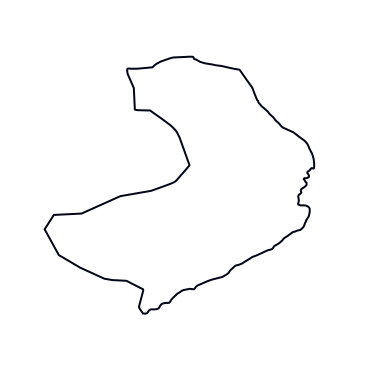 the district of Khounkham, Khammouan, Laos, rotated 118°
{"feature_id": "54806243B26229872021267", "entity_name": "Khounkham", "entity_type": "district", "adm_level": 2, "iso_a3": "LAO", "parent_name": "Laos", "parent_adm1": "Khammouan", "projection": "robinson", "projection_center": [104.542, 18.055], "detail": "fine", "context": "isolated", "style": "outline", "palette": "ink", "viewbox_px": 384, "rotation_deg": 118, "n_neighbors": 0, "source": "geoboundaries", "source_scale": "gbopen_adm2", "svg_char_len": 3200}
<svg xmlns="http://www.w3.org/2000/svg" viewBox="0 0 384 384"><g transform="rotate(118 192 192)"><path d="M310.2,280.0L311.3,255.3L309.7,228.7L307.2,221.1L301.2,208.2L300.9,189.5L301.4,189.1L302.5,188.6L304.8,188.1L318.1,185.0L318.7,184.5L319.5,183.6L322.3,178.2L321.2,175.9L320.0,174.7L319.2,174.5L317.4,174.5L316.2,174.0L315.3,173.5L314.7,172.8L313.2,169.9L311.8,167.9L310.4,166.9L309.3,166.7L307.5,166.7L305.7,166.4L304.5,165.7L303.4,164.6L302.5,163.3L301.0,160.9L300.7,160.3L299.8,159.9L297.1,159.7L295.4,159.4L292.0,158.3L288.7,157.2L286.6,155.9L284.6,154.9L283.4,154.2L282.3,153.1L279.9,150.2L278.6,148.5L277.8,146.7L277.2,145.0L276.4,144.3L275.1,144.2L273.8,144.0L272.0,143.2L270.8,142.4L269.6,141.3L267.4,139.6L263.8,136.7L260.4,133.7L256.2,129.1L252.7,125.3L250.8,124.1L249.6,123.3L247.5,122.2L246.1,121.7L243.6,121.5L242.5,121.2L239.3,120.0L237.0,119.3L236.1,118.5L234.2,116.4L231.8,114.3L229.0,112.8L224.8,110.3L221.0,108.2L218.8,106.2L216.4,104.2L211.5,100.5L209.9,99.3L207.6,97.5L206.4,96.0L204.7,94.5L203.7,94.2L202.5,94.1L201.5,94.1L200.0,93.3L196.8,91.3L194.8,90.4L192.2,89.5L189.9,89.1L188.1,88.3L187.2,87.6L182.4,85.2L180.3,84.3L180.1,84.1L179.3,83.4L178.9,82.8L178.0,82.0L176.5,80.8L175.9,80.0L175.0,79.0L174.4,78.4L173.3,78.0L171.9,77.5L170.6,77.2L169.0,77.2L166.4,77.6L164.3,77.6L163.6,77.9L162.6,77.9L161.9,77.7L158.9,77.5L157.4,77.8L154.3,78.7L152.9,79.5L151.4,80.3L150.7,81.4L150.4,83.0L150.5,85.1L151.4,87.3L152.9,89.8L152.9,90.6L152.9,91.2L153.2,92.3L152.8,92.7L151.5,93.0L149.7,93.5L148.0,94.6L146.9,95.5L146.0,96.2L145.0,96.3L144.2,96.3L143.1,95.7L141.7,95.2L141.0,95.3L140.6,95.7L139.7,96.6L138.9,96.8L137.9,96.7L136.8,96.2L135.3,95.3L133.5,94.5L132.0,94.2L130.9,94.7L130.1,95.2L129.9,96.1L128.7,98.2L128.1,99.4L127.5,99.4L126.9,99.1L126.4,98.0L125.7,97.1L124.4,96.2L123.8,95.9L122.7,96.3L122.2,96.9L121.5,98.3L121.3,98.8L120.5,99.4L119.7,99.4L118.2,98.5L117.1,98.2L116.3,98.1L115.7,98.0L114.8,97.6L114.5,97.1L114.4,95.9L114.0,95.6L113.1,95.7L111.3,96.5L108.9,97.9L105.6,100.2L103.4,102.3L101.5,104.3L100.5,105.9L99.0,108.0L98.2,109.2L97.0,110.5L95.5,112.6L94.4,115.0L93.8,117.3L93.5,119.5L93.1,122.3L92.2,127.7L91.7,130.6L91.9,133.6L92.3,139.7L92.4,142.1L92.1,143.7L90.6,147.5L89.5,151.9L88.0,155.0L86.7,160.1L85.4,162.8L84.7,165.7L83.5,171.0L81.8,175.3L81.1,175.9L80.7,176.2L80.3,177.5L76.6,182.1L72.6,186.5L71.3,188.3L67.1,196.8L61.7,207.4L63.4,212.5L65.2,218.8L66.9,225.2L68.9,230.4L70.0,234.3L72.2,240.7L73.3,246.0L73.1,250.7L73.6,252.5L73.0,253.2L72.2,254.4L72.3,254.9L72.6,255.4L73.3,257.0L81.9,271.5L82.7,272.5L84.7,274.6L86.9,276.6L88.5,278.1L91.1,280.5L93.6,282.3L95.7,283.6L97.6,284.5L100.5,285.5L108.7,298.0L110.1,300.5L111.6,303.4L113.0,306.4L113.4,306.7L113.8,306.8L114.4,306.7L115.7,306.0L118.0,304.2L127.6,292.1L146.0,281.2L146.0,280.8L145.8,280.0L145.5,278.9L140.6,269.0L140.1,268.2L139.8,267.5L139.7,266.6L139.9,266.0L140.0,265.2L141.5,253.4L143.2,242.2L144.0,239.3L145.3,235.3L146.3,233.4L149.6,228.7L169.4,206.9L170.0,206.9L170.9,207.0L172.5,207.3L188.8,211.1L190.3,211.6L191.7,212.4L193.1,213.4L195.4,215.3L204.2,223.2L210.2,228.7L229.3,253.3L262.9,279.4L277.1,303.2L294.1,304.6L310.2,280.0Z" fill="none" stroke="#020617" stroke-width="2"/></g></svg>